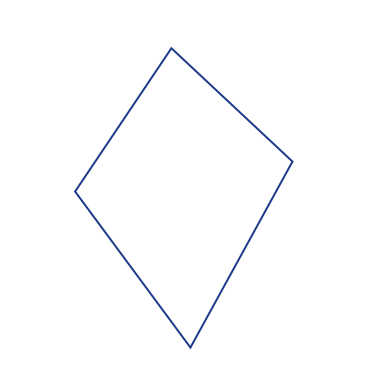 Vlahita, Harghita, Romania (Robinson projection), rotated 62°
{"feature_id": "2599482B60669636608871", "entity_name": "Vlahita", "entity_type": "district", "adm_level": 2, "iso_a3": "ROU", "parent_name": "Romania", "parent_adm1": "Harghita", "projection": "robinson", "projection_center": [25.466, 46.352], "detail": "fine", "context": "isolated", "style": "outline", "palette": "blue", "viewbox_px": 384, "rotation_deg": 62, "n_neighbors": 0, "source": "geoboundaries", "source_scale": "gbopen_adm2", "svg_char_len": 223}
<svg xmlns="http://www.w3.org/2000/svg" viewBox="0 0 384 384"><g transform="rotate(62 192 192)"><path d="M328.6,266.4L212.3,89.0L55.4,142.7L136.7,295.0L328.6,266.4Z" fill="none" stroke="#1e3a8a" stroke-width="2"/></g></svg>